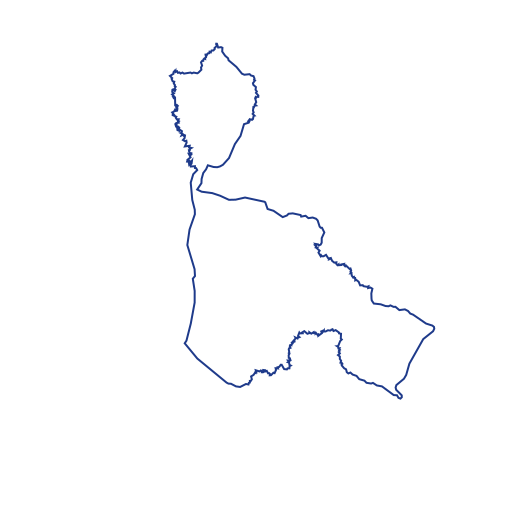 outline of Nikhom Nam Un, Sakon Nakhon, Thailand, rotated 236°
{"feature_id": "78962969B87350252424765", "entity_name": "Nikhom Nam Un", "entity_type": "district", "adm_level": 2, "iso_a3": "THA", "parent_name": "Thailand", "parent_adm1": "Sakon Nakhon", "projection": "orthographic", "projection_center": [103.748, 17.175], "detail": "fine", "context": "isolated", "style": "outline", "palette": "blue", "viewbox_px": 512, "rotation_deg": 236, "n_neighbors": 0, "source": "geoboundaries", "source_scale": "gbopen_adm2", "svg_char_len": 6142}
<svg xmlns="http://www.w3.org/2000/svg" viewBox="0 0 512 512"><g transform="rotate(236 256 256)"><path d="M453.2,289.4L453.4,285.4L450.4,286.0L450.1,285.1L447.4,284.6L446.2,285.7L445.0,284.3L443.1,284.4L442.3,283.6L441.2,284.0L439.9,281.5L438.9,282.2L438.1,280.9L440.5,280.4L440.6,279.7L438.9,278.3L436.7,278.8L436.9,276.8L433.4,277.5L432.8,277.1L433.7,276.2L432.7,276.1L432.2,277.2L426.0,273.2L425.1,273.5L426.0,274.2L425.7,274.8L424.2,275.1L423.9,273.2L422.6,273.5L422.3,272.0L421.2,272.5L420.6,271.8L421.3,270.2L422.4,270.4L421.6,268.8L421.9,266.8L419.2,267.0L420.1,266.3L419.4,265.7L416.0,267.8L415.5,266.8L413.7,266.8L412.6,268.3L411.9,266.9L410.9,267.4L410.8,266.5L409.8,266.4L410.8,264.2L410.5,262.9L408.6,262.3L408.7,263.3L407.4,262.6L406.7,263.9L405.2,264.1L404.7,263.2L405.7,263.3L405.9,262.1L404.3,261.3L402.5,262.5L402.7,263.1L403.6,262.8L403.4,263.4L400.9,264.4L399.7,263.1L399.9,262.5L398.5,263.3L397.6,261.8L397.4,263.1L396.2,263.3L396.6,264.0L395.7,264.6L393.6,262.6L393.0,260.3L390.9,261.3L390.5,262.7L388.8,261.9L386.6,258.3L384.5,262.6L383.4,261.2L381.7,262.8L381.8,261.2L380.9,260.5L381.3,259.6L379.8,258.9L377.8,259.0L377.3,259.9L376.3,259.3L376.3,257.8L377.6,258.2L378.3,257.4L374.4,256.9L374.1,253.4L372.6,253.9L373.5,252.5L372.8,251.7L371.3,253.8L371.2,252.7L369.3,251.8L370.8,256.2L368.7,254.3L368.0,252.4L366.7,251.9L364.6,255.6L363.1,254.6L362.3,255.5L360.1,255.3L358.9,249.7L353.3,242.9L338.1,234.5L328.6,231.1L324.8,228.7L315.1,215.7L303.5,205.2L279.4,197.7L273.5,194.2L272.5,190.9L261.3,185.6L251.7,179.1L236.4,164.1L224.7,151.0L223.5,148.1L203.8,150.0L167.5,160.8L165.6,161.8L164.1,163.8L159.1,166.5L156.3,169.6L155.5,176.1L153.7,177.9L154.8,179.1L154.5,180.1L155.8,181.0L155.3,181.6L156.1,183.6L158.9,184.6L158.8,187.5L159.7,189.7L159.2,190.2L159.9,190.6L159.4,191.2L161.4,191.9L158.3,194.4L158.4,196.0L156.8,196.4L156.3,195.9L155.7,196.7L155.6,197.5L156.1,197.0L157.5,198.2L156.1,199.8L155.0,199.5L154.7,200.7L152.0,200.4L151.5,201.4L150.4,201.6L149.4,200.7L148.8,201.8L149.5,205.2L148.5,205.9L150.3,208.8L152.0,209.5L150.5,211.3L151.7,211.6L151.1,213.3L152.0,215.7L151.6,216.3L152.2,216.5L146.5,216.1L144.7,218.2L145.2,219.3L144.2,220.9L146.0,222.3L145.8,223.5L147.1,222.9L149.1,223.8L150.1,223.1L150.1,224.5L151.5,224.2L150.4,226.3L152.3,226.9L153.2,226.2L155.5,227.6L156.3,229.1L157.2,228.9L157.5,229.7L160.4,231.0L161.0,232.0L160.6,233.2L162.4,233.6L163.0,234.5L162.2,235.4L162.8,235.7L163.0,237.4L164.1,237.4L163.5,240.1L164.4,240.6L164.8,240.0L165.6,243.0L166.4,243.1L164.4,244.3L164.9,245.0L164.5,246.6L166.2,246.1L168.3,249.1L167.3,249.1L165.9,251.4L166.8,251.5L166.7,254.0L162.8,255.1L162.2,257.2L162.9,257.6L160.7,258.4L160.6,261.3L159.8,261.0L159.4,262.3L158.4,261.8L158.5,262.7L156.3,262.9L156.2,263.7L155.0,263.0L155.2,267.5L157.0,267.9L156.7,269.5L155.8,269.2L156.2,270.5L155.5,270.0L154.5,271.5L154.2,274.1L152.6,275.9L152.6,277.3L153.4,277.8L152.7,277.7L152.5,278.5L150.5,278.3L150.0,280.6L146.2,282.0L145.4,281.6L144.0,283.0L140.1,280.1L138.8,280.4L138.4,278.2L135.4,273.8L135.9,272.8L134.7,273.3L133.4,272.7L132.8,273.7L132.4,273.0L131.3,273.1L131.3,272.0L130.0,271.7L130.0,270.9L128.3,271.0L128.0,268.6L125.8,269.3L123.7,267.9L121.6,268.0L120.3,266.4L119.5,267.3L118.3,267.3L118.2,266.3L117.3,265.9L113.6,266.3L111.7,267.3L108.9,266.3L107.0,266.9L106.6,269.1L103.7,269.8L100.4,272.3L96.2,272.7L92.0,276.2L89.1,276.7L85.9,280.1L85.4,282.0L81.1,283.8L77.5,287.5L63.7,292.4L61.7,295.0L58.7,294.8L57.0,296.0L57.4,297.9L59.0,298.9L66.7,297.4L68.9,298.2L70.5,300.2L71.5,310.0L73.4,314.0L81.0,323.0L93.6,348.2L94.6,360.7L96.0,363.1L97.7,363.9L99.7,363.3L104.9,359.2L119.6,353.4L122.0,351.7L125.4,351.3L128.5,349.6L131.0,344.6L135.9,343.2L136.9,341.6L139.9,339.8L140.2,337.8L142.1,335.4L146.2,332.4L150.7,327.1L154.4,327.1L156.2,328.0L160.5,330.7L163.8,334.2L165.9,333.2L166.7,331.1L168.0,332.3L168.3,330.9L170.9,328.2L172.1,328.2L173.4,325.9L177.2,326.7L180.4,325.7L180.4,324.7L182.4,325.9L183.5,324.7L184.0,325.3L184.3,324.5L186.1,324.4L188.3,325.5L188.7,324.8L189.0,325.8L190.1,325.5L190.8,326.8L192.7,327.3L192.7,326.4L196.9,325.5L197.3,324.5L198.2,325.0L198.4,324.0L199.6,323.9L200.2,324.6L201.3,322.0L200.8,321.7L202.3,319.1L202.9,319.6L202.9,318.4L204.8,318.2L205.8,319.1L206.7,317.2L209.4,316.4L212.0,316.8L212.3,315.3L212.8,316.2L213.5,314.6L217.8,314.7L218.0,311.9L218.9,310.5L220.3,310.4L219.8,309.5L223.9,309.7L224.8,311.7L228.7,310.7L228.8,311.4L229.8,310.3L230.6,311.3L232.0,311.0L231.6,312.1L232.8,312.0L230.9,314.0L229.6,314.1L229.3,316.0L230.3,317.9L234.1,320.5L237.3,325.8L242.5,326.5L243.3,325.4L244.8,325.2L251.0,327.0L253.3,326.6L256.2,324.5L258.1,320.6L261.6,319.6L263.4,315.5L265.0,315.9L270.8,310.3L272.8,306.6L272.3,304.3L273.3,299.9L283.7,295.8L288.5,291.9L295.3,293.7L296.2,293.4L310.6,279.6L314.1,270.6L317.7,265.0L326.1,259.9L332.6,254.9L339.7,246.9L344.0,244.4L346.9,251.5L350.3,254.0L354.3,258.7L355.8,263.1L358.1,266.8L353.5,270.6L351.3,273.5L350.4,276.2L350.1,279.6L352.3,288.4L360.6,301.1L364.2,310.3L372.0,319.8L370.6,324.5L371.2,325.6L372.1,325.0L372.9,327.3L372.0,327.7L372.0,329.1L371.7,328.5L371.1,328.8L371.2,330.0L373.6,332.5L373.3,333.2L375.7,332.7L376.4,334.4L378.1,334.7L380.9,337.1L380.5,337.5L381.4,338.9L380.8,340.2L382.3,339.8L383.4,342.2L387.3,343.5L387.9,344.5L387.1,344.6L387.4,346.3L386.7,346.9L387.7,347.7L391.3,347.2L391.9,348.7L394.1,348.6L396.1,350.4L399.4,349.5L401.0,350.1L402.1,353.4L403.2,352.9L404.0,354.0L406.5,354.5L408.4,352.8L410.3,352.4L412.8,347.7L415.0,346.3L423.7,345.5L433.6,342.7L435.5,343.4L439.3,342.4L444.4,342.3L447.4,344.6L448.7,343.8L450.0,341.2L453.8,342.3L454.8,341.1L453.8,341.7L452.1,340.9L451.6,337.9L450.7,337.6L450.2,335.6L451.2,334.1L450.1,332.4L451.3,331.7L450.3,330.6L450.9,329.3L450.0,327.5L450.7,327.8L451.2,326.8L448.7,325.7L448.6,324.3L447.9,324.0L448.6,323.5L448.3,322.2L447.3,321.4L447.9,320.5L447.3,318.7L444.0,317.8L443.0,315.8L441.0,314.9L440.2,310.7L440.3,309.5L442.9,306.9L443.3,305.0L444.7,304.3L447.5,298.3L449.2,297.6L449.5,295.5L451.0,295.2L451.5,293.7L453.3,293.9L453.5,292.3L454.4,292.8L454.1,292.2L455.0,292.2L454.5,290.4L453.2,289.4Z" fill="none" stroke="#1e3a8a" stroke-width="2"/></g></svg>